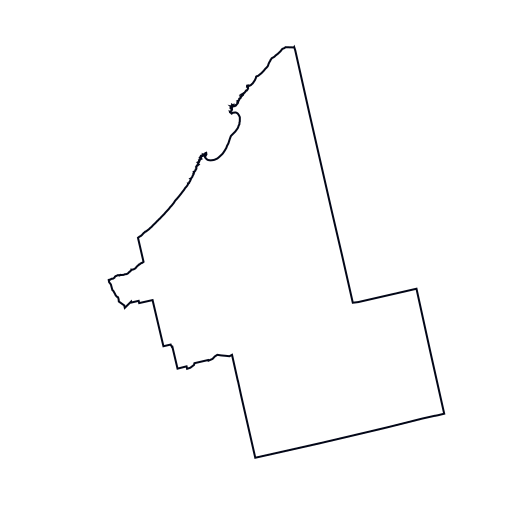 the district of Wattle Range, South Australia, Australia, rotated 77°
{"feature_id": "25037944B1081142143908", "entity_name": "Wattle Range", "entity_type": "district", "adm_level": 2, "iso_a3": "AUS", "parent_name": "Australia", "parent_adm1": "South Australia", "projection": "mercator", "projection_center": [140.154, -37.508], "detail": "fine", "context": "isolated", "style": "outline", "palette": "ink", "viewbox_px": 512, "rotation_deg": 77, "n_neighbors": 0, "source": "geoboundaries", "source_scale": "gbopen_adm2", "svg_char_len": 5773}
<svg xmlns="http://www.w3.org/2000/svg" viewBox="0 0 512 512"><g transform="rotate(77 256 256)"><path d="M452.8,235.1L452.5,167.0L451.8,130.6L451.9,117.6L452.0,117.5L452.1,114.5L452.0,108.1L451.9,108.1L388.5,107.7L324.0,107.0L323.9,166.8L323.3,172.2L275.1,172.0L227.9,172.1L129.3,171.9L64.6,171.5L61.0,171.8L61.3,172.1L59.2,180.3L59.8,181.5L60.1,183.5L60.3,184.0L61.9,185.9L64.0,189.4L64.2,190.0L64.8,191.1L64.9,191.7L65.4,192.3L66.0,193.3L66.5,194.9L66.7,195.8L67.0,196.4L67.9,197.2L68.3,197.8L69.0,198.2L70.3,199.5L71.6,200.5L73.3,201.5L74.0,202.2L75.0,203.6L75.6,204.7L77.2,206.7L79.1,209.6L80.0,211.5L80.9,213.3L81.1,214.4L81.0,215.0L81.2,215.4L81.4,215.6L82.4,216.0L84.4,217.5L87.1,220.4L87.7,221.6L88.2,222.3L88.7,224.1L88.6,224.4L88.3,224.5L88.2,224.8L88.3,224.9L88.2,225.2L88.0,225.4L88.0,225.6L88.4,225.4L88.5,225.7L88.5,225.9L88.0,225.8L88.0,226.0L88.7,226.1L88.5,226.5L88.8,226.6L88.8,226.3L89.0,226.2L89.9,226.1L90.0,225.9L90.5,225.9L90.6,226.1L91.0,226.1L91.8,226.7L92.7,227.8L92.7,228.0L92.5,228.3L92.8,228.8L93.3,229.1L93.6,229.6L94.3,230.4L94.6,231.0L94.5,231.3L94.7,231.7L95.1,231.7L95.4,231.9L95.4,232.1L95.0,232.3L95.1,232.7L95.2,232.4L95.5,232.5L95.7,232.3L96.1,232.5L95.9,232.9L95.9,233.0L96.6,233.5L96.4,233.8L96.7,233.8L96.8,234.1L96.6,234.1L96.8,234.3L96.9,234.1L97.1,234.4L96.9,234.5L97.3,234.7L97.2,234.9L97.5,234.8L97.6,235.0L97.7,234.9L97.9,235.0L98.2,235.2L98.1,235.5L98.8,235.8L99.2,236.6L99.1,237.0L100.2,237.4L100.6,237.8L100.8,238.4L100.7,238.7L100.8,239.0L101.1,238.7L101.5,239.0L101.5,238.8L101.6,238.7L101.8,238.9L102.3,238.9L102.6,239.0L103.5,240.0L103.8,240.6L104.8,241.6L104.9,241.9L104.7,242.1L104.8,242.1L104.9,242.4L105.0,242.5L105.0,242.8L105.2,243.1L104.8,243.7L104.5,243.7L104.4,243.5L104.8,243.8L104.9,244.4L104.7,244.7L104.2,244.7L104.1,244.4L103.8,244.4L103.9,244.7L103.6,245.0L103.8,245.0L103.8,245.3L103.5,245.6L103.7,245.8L103.8,245.4L104.5,245.6L104.3,245.2L104.7,245.0L105.0,245.0L105.6,245.4L106.0,246.0L106.0,246.3L105.9,246.3L105.7,246.1L105.5,245.6L105.4,245.3L105.1,245.2L105.3,245.5L105.5,246.0L105.4,246.1L105.1,246.1L105.2,246.3L104.9,246.4L104.7,246.8L105.3,246.4L105.7,246.6L105.8,246.8L105.8,247.1L106.0,247.1L106.1,247.4L106.4,247.3L106.2,247.1L106.5,246.9L106.3,246.6L106.4,246.4L107.0,246.4L107.0,246.6L107.3,246.3L107.9,246.4L108.8,247.1L109.4,248.1L109.5,248.5L110.0,248.8L109.8,249.0L110.1,249.0L110.5,248.5L111.8,247.7L111.7,247.4L111.3,246.9L111.2,246.1L111.4,245.4L111.4,244.1L111.7,243.3L112.3,242.5L113.2,241.7L115.0,241.0L116.7,240.6L117.5,240.6L121.2,241.5L122.3,242.1L123.8,242.5L125.4,243.8L126.2,244.2L127.4,245.1L130.1,248.2L133.1,253.0L133.6,253.6L136.4,255.4L140.1,257.6L142.1,259.4L144.0,260.6L146.2,262.7L148.3,264.9L149.1,265.9L151.4,269.9L152.3,271.7L152.9,274.8L152.9,276.0L152.8,276.8L152.8,277.3L152.5,279.1L151.7,281.1L150.7,282.2L149.0,283.2L148.1,283.5L147.4,283.6L146.7,282.7L146.6,282.2L146.3,282.1L146.2,281.9L145.9,281.9L145.7,281.5L145.3,281.6L144.7,281.3L144.4,281.3L144.5,281.6L144.4,281.8L144.6,282.0L144.5,282.4L145.0,282.9L145.5,283.1L145.3,283.8L145.8,283.7L145.9,284.0L145.7,284.1L145.8,284.2L146.0,284.1L145.7,284.6L146.0,284.9L145.7,285.1L146.3,285.2L146.3,285.4L146.1,285.7L146.5,285.9L146.4,286.1L146.2,286.1L146.3,286.3L146.1,286.6L146.3,286.7L146.2,287.3L146.6,287.5L147.1,288.1L147.2,287.6L147.2,287.4L148.5,287.5L148.7,288.1L149.0,287.8L149.1,288.5L149.3,288.5L149.4,288.9L149.9,289.2L149.7,289.5L149.8,290.0L151.0,290.0L151.5,290.3L151.4,290.7L151.6,291.4L151.9,291.0L152.5,291.5L153.1,291.5L153.3,291.8L153.9,291.2L154.2,291.7L154.1,292.1L154.4,292.5L154.4,292.8L154.6,293.1L154.8,293.1L154.8,293.5L155.5,293.9L155.8,294.4L156.6,294.2L157.6,294.5L157.9,294.8L158.0,295.3L158.5,295.6L159.0,295.7L159.3,296.0L159.8,296.9L159.9,297.4L160.0,297.4L160.0,297.6L160.4,297.5L160.6,297.7L161.0,297.7L161.1,297.9L161.2,298.2L161.3,298.3L161.5,298.1L162.1,298.3L162.9,299.0L163.3,299.5L164.5,300.2L165.6,301.5L165.8,302.0L165.9,302.4L166.0,302.3L166.8,302.3L167.1,302.7L167.8,303.1L168.5,303.7L168.9,304.3L169.7,304.7L170.3,305.7L170.2,305.9L170.5,305.9L171.9,307.1L173.0,308.5L173.7,309.6L175.4,311.3L177.4,313.8L178.4,314.9L178.6,315.2L181.0,318.2L181.9,319.5L182.2,319.7L182.9,320.9L184.0,322.4L185.9,324.3L188.1,327.1L188.9,328.4L190.5,330.3L193.4,334.6L194.3,335.7L196.5,339.2L198.1,341.5L198.4,342.3L199.3,343.5L199.6,344.2L201.1,346.4L202.8,349.3L204.2,351.3L204.9,352.8L205.7,354.0L207.0,356.9L207.2,357.4L207.4,357.8L207.3,358.2L207.4,358.6L208.0,359.3L208.2,360.1L209.8,362.3L210.1,362.8L210.2,363.2L210.5,363.5L210.9,365.1L211.7,366.9L236.4,366.9L237.1,368.4L237.1,368.7L237.0,369.0L237.2,369.3L237.3,370.1L237.4,370.4L237.7,370.7L237.9,371.2L238.2,371.9L238.1,372.2L238.4,372.4L238.9,373.5L239.7,374.8L240.7,376.0L241.1,376.9L241.4,378.0L241.5,379.1L241.4,379.7L241.5,380.0L241.4,380.2L241.6,380.2L241.9,381.1L242.1,381.2L242.3,381.7L242.6,381.9L243.0,382.7L243.2,383.4L244.0,384.4L244.4,385.6L244.5,386.4L244.3,388.0L244.6,389.2L244.2,391.6L244.1,392.0L243.9,392.2L243.9,392.9L244.2,393.1L244.3,393.6L244.0,394.1L243.6,394.6L243.6,395.2L244.0,396.4L244.0,397.1L244.4,398.1L245.3,398.8L245.9,400.4L245.9,400.9L245.7,401.7L246.0,402.8L246.3,403.5L246.3,404.2L246.1,404.4L246.2,404.9L248.5,405.0L251.1,403.8L256.9,403.6L257.8,402.9L261.2,401.9L262.7,401.6L264.4,400.7L265.2,399.7L267.3,399.6L269.5,399.9L274.5,395.5L277.0,395.5L272.3,387.9L273.3,387.9L273.3,380.4L275.6,380.4L275.7,366.7L323.1,366.5L323.1,359.1L324.0,359.0L325.0,358.3L325.7,358.3L325.7,357.9L348.1,357.8L347.9,348.5L350.4,348.5L350.1,345.1L348.2,340.9L346.6,340.1L346.6,326.0L347.3,325.9L346.5,321.5L344.6,318.7L343.6,315.9L345.0,312.4L346.4,308.1L347.7,304.4L346.9,301.6L373.5,301.8L373.6,301.7L388.2,301.9L452.4,302.1L452.8,235.1Z" fill="none" stroke="#020617" stroke-width="2"/></g></svg>